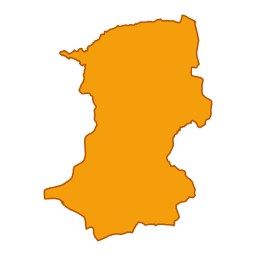 Kenedougou, Kénédougou, Burkina Faso (Albers equal-area conic projection)
{"feature_id": "67063806B9375485614542", "entity_name": "Kenedougou", "entity_type": "district", "adm_level": 2, "iso_a3": "BFA", "parent_name": "Burkina Faso", "parent_adm1": "Kénédougou", "projection": "albers", "projection_center": [-4.927, 11.414], "detail": "fine", "context": "isolated", "style": "filled", "palette": "amber", "viewbox_px": 256, "rotation_deg": 0, "n_neighbors": 0, "source": "geoboundaries", "source_scale": "gbopen_adm2", "svg_char_len": 5742}
<svg xmlns="http://www.w3.org/2000/svg" viewBox="0 0 256 256"><path d="M182.1,15.4L182.0,16.7L180.8,21.0L179.6,22.5L179.1,22.8L177.1,22.3L176.9,22.1L176.7,22.3L175.8,22.1L173.9,20.9L169.6,20.9L166.3,20.5L166.2,20.7L162.9,20.9L161.9,20.5L161.3,20.0L160.8,19.2L160.3,19.1L159.4,19.8L157.5,19.6L156.4,20.2L155.5,21.1L153.2,22.0L152.0,22.1L151.1,21.5L149.8,21.8L148.8,21.3L146.3,22.2L140.4,22.1L139.4,23.0L137.7,23.4L136.8,24.1L136.3,24.1L135.7,23.7L134.2,25.1L133.1,25.3L131.1,24.7L130.1,24.7L128.4,25.7L126.1,25.1L123.4,25.5L121.3,26.3L119.2,26.4L118.3,25.6L117.6,25.9L117.5,26.2L116.8,26.3L116.7,26.9L116.1,27.4L112.5,28.9L109.8,29.5L107.5,31.3L106.4,31.8L105.8,31.4L104.9,31.4L104.6,31.7L104.3,34.3L103.7,34.5L102.4,34.1L100.7,34.9L100.4,35.4L100.4,36.4L99.5,38.8L98.9,39.4L98.1,39.5L97.4,40.5L95.0,41.0L94.0,42.6L93.2,42.7L92.6,44.1L90.6,45.6L89.2,45.8L88.0,46.9L87.2,48.5L87.6,48.7L87.7,49.1L87.3,50.0L87.5,50.6L85.7,50.7L84.9,51.9L84.5,51.9L83.8,51.1L82.7,50.9L82.3,50.3L82.0,48.7L81.7,48.5L80.5,48.6L78.5,49.9L77.9,51.4L75.3,51.1L74.4,50.1L74.2,50.2L73.3,51.5L69.7,53.8L68.5,53.9L67.4,52.4L66.3,51.7L65.2,51.6L64.8,50.6L63.7,50.7L63.4,51.1L61.9,51.6L60.5,51.8L59.9,52.5L59.8,53.3L60.2,54.0L61.6,54.8L62.2,55.6L62.6,55.6L63.3,55.0L63.8,55.1L64.5,55.9L66.1,56.3L66.9,57.7L67.7,57.8L68.4,58.6L69.1,58.9L69.5,58.4L69.7,57.7L70.2,57.3L70.8,57.8L72.6,58.0L73.1,58.4L75.1,59.3L76.4,59.4L77.2,60.7L77.8,60.9L79.3,60.9L80.3,62.6L79.7,63.5L81.8,65.6L82.4,65.7L83.8,64.5L84.6,64.4L85.6,64.8L84.7,66.3L85.4,68.0L85.3,68.6L84.3,70.5L84.5,72.4L83.4,74.6L84.2,77.8L84.2,78.9L83.5,81.0L81.1,85.3L80.8,86.4L79.3,89.5L79.4,90.9L80.4,92.3L81.9,93.5L83.0,93.7L88.2,93.2L89.6,93.5L90.7,95.3L91.8,95.9L92.7,97.0L92.8,99.6L93.4,101.9L94.3,103.8L96.0,106.2L96.2,107.1L94.2,110.2L95.0,115.5L94.3,118.4L94.4,119.4L94.9,120.7L96.3,122.3L96.5,123.7L96.9,124.6L96.7,125.9L95.5,127.3L94.9,129.5L93.9,131.2L91.2,133.3L88.6,134.4L86.3,136.1L85.2,137.9L84.9,139.5L84.8,142.1L85.4,153.3L85.4,154.6L84.9,157.7L84.0,160.3L81.6,162.7L76.6,165.3L74.1,166.9L73.3,170.0L73.4,171.4L72.7,174.9L71.8,177.9L70.4,179.2L67.8,181.3L62.4,184.9L59.8,185.8L51.0,188.0L49.7,188.0L48.9,188.5L45.3,189.5L44.3,191.1L44.6,198.2L44.8,198.8L53.2,198.4L55.1,198.5L58.5,199.1L59.5,199.5L63.3,202.2L63.5,202.5L61.9,202.5L62.5,203.6L63.1,204.3L66.6,207.2L70.7,209.7L73.1,210.6L75.9,212.1L78.2,213.1L83.7,216.7L84.0,217.0L84.8,218.5L85.3,220.3L85.6,222.3L85.7,224.6L86.3,229.0L87.8,228.4L89.4,227.4L90.9,227.1L91.3,227.2L91.6,227.0L92.3,227.5L93.2,228.6L93.6,229.5L93.6,232.7L93.8,233.8L94.6,235.6L95.0,237.0L96.7,238.8L97.6,240.4L97.9,240.6L99.1,240.3L103.1,238.6L105.2,237.5L106.6,237.0L108.4,236.0L110.4,235.2L111.1,235.1L112.8,234.5L114.8,234.1L116.7,234.0L117.5,233.8L118.3,233.9L120.2,234.4L121.5,234.4L123.0,233.7L125.4,233.3L126.3,232.5L126.9,232.3L129.6,232.1L131.1,232.5L132.2,232.6L132.2,232.0L132.8,231.8L133.2,231.1L133.3,230.4L133.9,229.0L135.2,227.0L135.2,226.8L135.6,226.3L136.2,224.7L137.1,224.1L138.2,222.5L138.9,222.2L140.0,222.2L140.4,222.6L142.0,222.8L144.0,224.0L144.8,224.8L145.3,225.0L145.3,224.9L146.1,224.9L149.1,224.3L152.8,224.4L154.5,224.1L154.8,224.2L154.9,225.1L155.3,225.6L156.1,225.4L157.7,224.3L162.3,224.2L164.3,224.3L166.1,224.7L170.8,224.9L173.0,225.2L173.8,225.7L174.2,224.7L174.4,223.1L174.5,221.0L175.7,220.6L177.0,219.9L178.6,218.0L179.1,217.7L179.2,217.1L178.9,215.5L178.1,213.8L177.0,210.2L176.2,208.6L176.2,205.1L178.2,203.8L178.6,203.3L180.2,202.7L181.0,202.2L181.9,201.9L184.2,201.7L185.7,201.2L186.4,200.7L187.0,199.5L188.8,198.0L189.2,197.4L189.3,196.8L191.6,197.5L192.4,197.6L192.8,197.3L193.7,197.1L195.2,195.5L194.6,193.8L194.5,193.0L194.5,192.3L195.1,189.5L193.7,186.2L192.6,182.7L192.3,182.0L190.1,179.3L188.0,178.0L185.8,175.8L185.7,175.4L185.3,174.7L185.3,174.4L185.6,173.9L185.4,173.3L185.5,172.3L184.9,171.7L184.7,171.2L184.1,170.8L183.1,170.7L182.6,170.3L182.0,170.1L180.4,170.3L179.1,170.2L178.7,169.8L178.4,169.3L178.0,168.9L177.3,168.6L175.6,166.9L175.3,166.7L174.2,165.6L173.3,166.2L172.9,166.1L172.3,166.3L170.9,166.1L171.0,165.6L170.0,164.4L169.8,163.8L169.9,163.0L169.6,162.1L167.7,160.9L167.3,160.3L167.4,159.6L167.0,159.2L166.9,157.9L166.7,157.1L166.7,156.7L167.2,156.4L167.6,155.6L169.8,153.1L173.1,146.0L173.4,144.4L173.0,141.2L172.9,138.3L173.4,137.5L173.9,137.1L173.8,136.9L174.3,136.4L174.2,135.7L174.8,134.7L175.2,134.6L175.2,134.4L175.6,134.2L176.1,134.1L176.5,133.6L176.8,133.7L177.0,133.6L177.4,132.7L177.3,132.1L177.4,131.8L177.6,131.8L177.4,131.4L178.3,131.1L178.8,130.7L178.8,129.6L179.2,129.6L180.0,129.8L179.8,129.0L180.0,128.7L180.1,129.1L180.3,128.4L180.1,127.5L180.8,127.4L180.7,127.2L181.5,127.1L182.2,127.2L182.5,126.7L183.0,126.5L183.6,126.8L184.1,126.7L185.1,125.6L185.9,125.3L186.6,124.0L186.8,123.9L188.3,123.7L190.5,122.9L191.1,123.0L191.2,122.5L190.9,122.1L191.0,121.6L192.4,120.5L192.7,120.5L193.5,120.8L194.3,121.7L195.5,122.0L195.9,122.4L196.3,123.5L197.1,124.1L197.0,124.6L197.6,125.7L197.6,126.5L198.6,126.9L199.5,127.5L200.3,127.5L202.2,126.2L205.2,124.5L205.2,122.6L205.8,120.6L206.4,119.8L207.0,119.4L209.2,118.8L210.4,116.4L210.7,115.4L211.1,114.6L211.0,114.0L211.1,112.9L210.8,110.0L211.2,108.0L211.7,103.9L211.7,102.0L211.5,101.2L210.4,100.1L205.9,97.6L204.6,96.6L202.9,94.9L202.2,93.2L202.0,91.8L202.0,85.9L202.1,84.6L203.0,80.8L203.0,80.0L202.6,79.1L202.0,78.4L200.3,77.6L198.3,77.2L196.8,76.7L194.9,76.5L192.1,75.7L191.8,75.5L191.4,74.6L191.3,73.1L191.4,69.1L191.6,67.4L191.8,67.1L192.1,67.1L194.4,67.6L195.9,67.8L196.8,67.5L197.7,65.5L199.1,64.1L197.2,57.6L196.5,53.3L196.7,50.9L197.3,48.4L197.9,44.0L198.6,41.3L198.6,39.9L196.3,29.4L195.1,25.0L194.8,22.2L195.5,22.2L195.3,21.6L194.3,20.8L188.6,18.1L186.0,16.4L183.9,15.5L182.1,15.4Z" fill="#f59e0b" stroke="#b45309" stroke-width="1.5"/></svg>